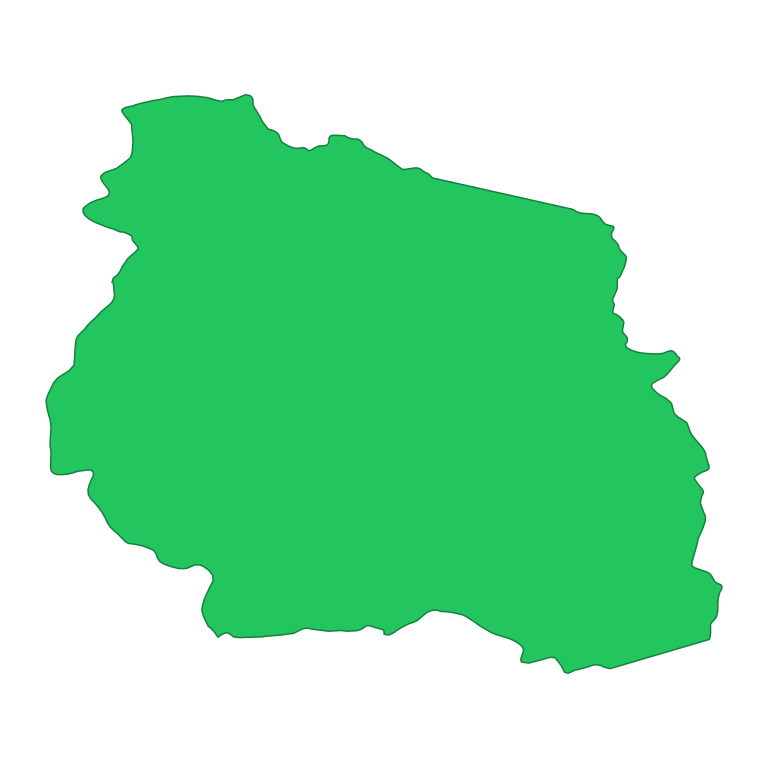 outline of La Venta, Francisco Morazán, Honduras
{"feature_id": "27666195B10946257085941", "entity_name": "La Venta", "entity_type": "district", "adm_level": 2, "iso_a3": "HND", "parent_name": "Honduras", "parent_adm1": "Francisco Morazán", "projection": "mercator", "projection_center": [-87.317, 13.734], "detail": "fine", "context": "isolated", "style": "filled", "palette": "green", "viewbox_px": 768, "rotation_deg": 0, "n_neighbors": 0, "source": "geoboundaries", "source_scale": "gbopen_adm2", "svg_char_len": 6064}
<svg xmlns="http://www.w3.org/2000/svg" viewBox="0 0 768 768"><path d="M218.0,637.2L221.3,634.9L224.4,633.2L227.5,632.8L230.7,634.6L233.5,636.9L239.5,637.6L261.0,636.9L266.7,636.2L280.2,635.1L293.7,633.3L301.7,629.2L306.8,628.0L312.6,629.2L328.3,631.2L341.0,630.5L347.1,631.2L356.6,630.7L359.8,629.8L362.6,628.5L366.3,625.8L369.8,625.8L375.0,627.5L382.8,629.6L384.0,631.2L384.2,633.0L383.9,633.9L386.2,634.9L389.8,634.7L394.2,632.4L397.8,629.7L404.6,625.8L409.0,623.7L413.2,622.4L417.0,620.7L426.8,612.5L431.8,610.4L436.8,610.1L441.3,611.5L446.6,611.7L452.9,612.6L461.8,614.6L465.9,616.4L474.5,621.9L479.6,625.7L490.6,632.2L495.4,634.3L508.8,638.4L514.4,640.8L518.1,643.2L521.4,645.7L523.0,647.8L523.4,650.9L522.6,653.9L521.8,655.8L520.7,659.4L521.5,662.0L528.7,663.1L541.8,659.7L549.5,657.4L554.9,657.6L558.4,661.8L561.5,666.1L563.0,669.3L564.8,672.4L568.2,673.2L574.7,670.3L581.8,668.6L587.6,667.0L591.8,665.5L595.6,664.6L600.3,665.4L604.4,667.2L609.9,668.7L709.4,639.4L710.2,636.4L710.6,633.2L710.5,624.7L711.1,623.4L712.1,622.1L715.7,618.2L716.8,615.6L717.9,610.0L717.8,604.1L718.2,598.2L719.6,592.8L721.7,588.8L721.9,587.4L721.8,586.2L721.4,585.3L720.7,584.7L717.9,583.5L715.0,581.9L711.3,575.4L709.7,573.6L707.3,572.2L694.2,567.6L692.3,566.0L691.9,565.0L691.7,564.0L692.6,559.9L696.8,545.2L698.3,538.4L699.1,536.4L701.7,531.0L703.7,525.7L705.2,520.9L705.5,518.0L705.2,515.8L703.5,511.8L700.4,503.1L700.6,501.0L701.0,498.9L701.9,495.7L703.3,492.9L703.3,491.3L702.2,489.1L699.2,485.6L695.6,480.6L694.5,478.9L694.4,478.0L694.8,477.1L695.5,476.3L698.4,474.2L702.1,472.1L705.8,470.8L708.2,469.5L708.8,468.8L709.1,467.9L709.0,465.8L706.8,459.4L705.5,453.5L704.5,450.9L702.1,447.3L693.4,437.1L691.5,434.5L690.1,431.7L687.7,424.8L686.7,422.6L677.9,416.9L675.0,414.4L674.3,413.2L673.6,411.6L671.8,404.3L671.3,403.2L670.3,402.1L666.0,398.4L664.3,397.4L660.7,395.6L656.9,392.9L653.4,389.5L652.3,388.1L651.7,386.9L651.5,385.8L651.8,384.6L652.1,383.9L653.0,383.1L657.5,380.3L663.4,377.5L665.1,376.2L667.5,373.9L674.5,365.4L679.1,360.7L679.7,359.2L679.6,358.5L679.2,357.6L678.7,357.1L677.3,356.3L675.8,353.9L674.3,352.2L673.1,351.4L671.9,350.9L670.8,350.8L669.6,350.9L667.4,351.6L663.4,353.2L660.0,353.8L653.8,353.9L643.3,353.2L638.7,352.5L634.7,351.4L631.2,350.1L627.4,348.0L626.3,347.0L625.7,346.0L625.5,345.0L625.6,344.1L626.0,343.3L627.1,341.9L627.4,340.7L627.4,339.3L626.9,337.1L623.1,332.7L622.6,331.8L622.6,329.2L623.7,323.4L623.7,321.7L622.4,319.5L619.9,317.0L615.9,314.2L613.7,313.7L612.9,313.0L612.7,311.8L614.3,304.6L614.2,304.1L613.1,302.4L612.5,299.6L616.1,291.5L617.2,288.5L617.4,285.8L617.2,281.1L617.3,279.0L617.5,278.7L618.3,278.3L618.8,277.8L620.4,275.7L624.4,266.9L625.9,261.4L626.2,258.8L626.2,257.1L625.7,255.8L621.1,251.1L619.8,249.3L619.1,248.0L618.5,245.5L617.3,243.5L615.3,241.1L612.9,239.1L612.0,237.7L611.5,235.8L611.5,233.8L611.9,232.2L613.1,230.3L613.8,228.6L613.9,227.5L613.4,226.6L612.7,226.2L607.7,225.0L605.3,224.1L602.6,221.5L600.7,218.5L599.4,217.0L597.4,215.6L595.0,214.6L591.2,213.9L585.4,213.5L580.5,213.0L576.2,211.5L572.9,209.4L436.0,178.7L433.9,178.4L432.9,178.0L431.9,177.4L428.9,174.3L423.5,171.4L420.1,168.9L418.2,168.1L415.1,167.9L405.1,169.4L402.6,169.3L401.4,168.7L399.0,167.0L390.1,160.0L387.5,158.3L382.2,155.5L375.8,152.6L370.9,149.8L366.5,147.8L363.7,145.2L362.4,142.8L361.5,141.6L359.3,139.8L356.9,139.0L353.3,139.1L350.2,138.3L347.5,137.4L345.3,136.0L344.5,135.7L334.5,135.2L332.3,135.4L330.9,135.8L329.9,136.5L329.3,137.4L329.0,138.8L329.0,140.8L328.8,142.2L328.2,143.7L327.2,144.8L326.3,145.3L324.5,145.7L322.6,145.9L320.0,145.9L317.7,146.4L315.0,147.6L311.9,149.7L309.7,150.6L308.0,150.5L306.4,148.7L303.9,147.9L301.6,147.8L298.3,148.3L296.9,148.3L293.6,147.9L291.3,147.2L287.9,145.7L282.0,142.3L280.2,138.8L278.8,134.9L277.9,133.6L276.7,132.5L275.0,131.4L271.8,130.0L268.5,129.3L267.6,128.4L262.5,121.7L261.0,118.9L259.8,116.3L254.0,107.0L253.4,105.3L253.0,103.3L252.9,99.8L252.1,97.7L250.4,95.8L248.4,95.2L246.0,94.8L245.1,94.9L233.1,99.8L229.3,99.7L227.1,99.8L225.0,100.2L222.5,101.2L221.4,101.4L216.9,100.4L207.3,97.6L197.0,96.3L187.7,95.9L173.0,96.6L165.4,98.1L159.9,99.6L153.8,100.4L140.1,103.5L135.4,104.9L132.7,105.9L125.7,107.4L123.5,108.5L122.4,109.4L121.9,110.1L121.8,110.6L122.4,112.2L124.0,114.6L131.1,123.6L131.8,125.2L131.8,129.3L132.8,137.1L133.0,142.2L132.5,149.2L131.9,153.2L131.1,156.0L130.1,157.8L128.2,159.6L122.6,164.0L116.5,168.4L105.5,172.3L103.5,173.6L101.8,175.1L101.0,176.2L100.8,176.9L100.8,177.9L101.0,178.9L101.8,180.5L103.6,183.4L107.6,188.5L108.5,190.1L109.1,191.3L109.3,192.4L109.2,193.5L108.8,194.6L107.6,196.1L105.0,197.5L102.5,198.4L97.1,200.0L92.8,201.7L89.9,203.1L86.1,205.8L83.8,207.8L83.1,209.0L83.0,211.1L83.3,212.6L83.8,213.8L85.7,216.2L89.8,219.4L94.8,222.2L108.1,227.5L114.4,229.3L118.9,231.5L120.5,231.9L123.4,232.1L124.9,232.5L128.6,234.2L131.1,235.6L132.1,236.7L132.2,239.0L133.4,241.5L137.4,246.3L138.0,247.5L138.2,248.5L137.6,249.6L135.1,252.2L128.9,257.5L127.7,258.8L122.4,266.4L120.5,270.5L118.8,273.2L116.8,275.5L114.0,277.3L113.1,278.6L112.4,281.1L112.6,280.9L113.4,284.0L114.5,295.1L113.9,298.7L111.8,302.4L108.5,305.6L101.2,311.5L95.4,317.9L90.9,321.9L87.4,325.5L85.0,328.8L78.0,335.7L76.2,339.5L75.5,343.6L74.1,365.1L69.4,370.4L57.9,377.8L53.4,383.1L47.9,394.7L46.1,400.2L46.6,405.6L47.7,411.2L50.2,420.1L51.1,426.6L50.2,440.4L50.1,445.8L51.0,451.7L50.6,466.5L51.1,470.6L52.6,472.4L54.8,473.9L57.6,474.6L62.7,474.6L67.8,474.1L73.5,472.7L78.1,471.2L87.8,470.0L90.9,470.2L93.3,472.0L93.4,475.6L91.3,479.8L89.3,484.7L88.0,489.5L88.3,494.1L89.9,497.6L91.9,500.1L95.0,503.1L99.0,508.1L102.2,512.6L105.4,518.2L107.6,523.1L110.5,527.3L114.6,531.3L117.2,533.3L125.4,541.6L128.3,543.4L134.8,544.2L141.5,545.6L147.9,547.8L153.8,550.4L156.2,554.1L157.6,558.3L160.3,562.0L164.6,564.4L172.0,566.9L178.5,568.5L183.9,568.7L187.5,568.1L194.7,564.9L199.9,564.9L203.5,566.4L208.8,570.3L212.8,575.2L213.1,580.9L209.7,587.4L204.4,598.9L202.7,604.9L201.8,610.0L203.4,616.2L208.3,626.3L210.9,628.3L214.2,631.8L218.0,637.2Z" fill="#22c55e" stroke="#15803d" stroke-width="1.5"/></svg>